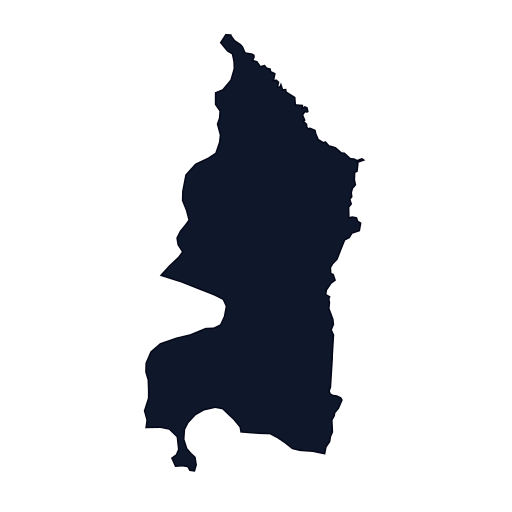 the district of Cabo Rojo, Puerto Rico, rotated 4°
{"feature_id": "32010507B73379646065034", "entity_name": "Cabo Rojo", "entity_type": "district", "adm_level": 2, "iso_a3": "PRI", "parent_name": "Puerto Rico", "parent_adm1": "", "projection": "albers", "projection_center": [-67.16, 18.05], "detail": "fine", "context": "isolated", "style": "filled", "palette": "ink", "viewbox_px": 512, "rotation_deg": 4, "n_neighbors": 0, "source": "geoboundaries", "source_scale": "gbopen_adm2", "svg_char_len": 3331}
<svg xmlns="http://www.w3.org/2000/svg" viewBox="0 0 512 512"><g transform="rotate(4 256 256)"><path d="M215.5,37.3L214.6,37.3L210.5,37.3L205.9,45.6L212.2,52.3L213.4,53.5L218.4,56.0L219.5,59.8L220.5,63.5L221.3,70.6L218.8,82.2L217.4,84.2L211.3,92.6L205.8,95.3L204.3,96.0L205.0,106.3L205.1,107.6L209.5,113.1L210.1,113.8L210.1,118.4L210.1,120.9L208.4,127.2L208.7,127.9L212.2,138.0L212.1,138.3L211.8,145.0L210.9,148.5L209.1,155.3L208.8,156.3L201.8,161.7L197.4,164.2L190.4,168.1L189.4,168.7L189.3,168.8L180.5,180.0L178.6,195.7L178.5,196.6L178.9,205.8L182.8,213.7L183.4,214.9L186.8,224.9L186.6,225.1L186.3,225.6L183.9,229.5L178.9,236.6L176.0,243.6L177.1,248.3L177.6,250.3L179.6,252.9L182.6,257.0L178.9,262.8L170.5,271.9L162.6,281.9L163.2,282.1L166.0,282.7L174.9,284.9L177.8,285.6L183.4,286.9L188.6,288.6L196.8,291.2L201.7,292.8L204.3,293.6L212.4,296.1L215.5,297.1L217.6,297.8L219.8,298.7L224.0,300.5L226.3,301.5L227.1,302.8L230.0,308.2L228.8,318.6L225.5,327.3L224.5,327.8L219.7,330.6L218.9,331.0L217.2,331.2L210.9,331.9L199.0,337.8L195.9,339.4L194.8,339.7L184.5,342.9L182.6,343.5L166.8,350.2L163.5,353.5L158.0,358.9L153.9,370.6L154.2,377.9L154.3,379.3L154.4,379.7L157.2,387.2L157.5,390.2L158.2,396.7L158.4,399.3L158.8,405.4L158.7,405.7L155.8,417.6L155.6,418.1L158.8,427.2L158.4,433.7L158.3,434.8L159.7,434.6L172.6,433.5L179.7,434.4L181.7,434.7L190.1,441.8L191.5,449.5L192.4,454.3L190.5,459.9L187.9,462.1L186.2,463.5L190.4,471.3L193.9,470.8L197.6,470.4L197.8,470.4L202.6,470.8L205.0,474.4L209.6,474.7L210.9,468.4L210.8,468.2L209.2,461.1L206.0,458.5L205.3,458.0L200.3,453.0L197.7,446.4L196.7,443.9L196.7,433.9L197.0,433.3L199.6,427.1L200.3,426.2L206.4,418.6L214.6,413.1L225.9,409.7L233.4,410.6L238.8,415.1L241.1,417.0L245.0,420.1L252.1,427.6L253.1,431.4L253.3,432.5L262.9,432.6L266.7,432.6L272.1,432.6L272.3,432.6L282.5,432.2L288.0,434.7L290.0,435.5L297.9,440.1L305.8,445.5L313.3,446.8L326.2,446.8L337.9,448.4L338.3,448.4L338.4,447.2L339.1,441.6L342.4,436.0L342.8,431.1L344.5,426.3L343.1,414.2L345.2,409.9L345.4,406.8L348.8,402.2L351.8,393.7L350.4,391.6L346.3,390.0L342.1,389.7L339.6,388.4L338.3,385.5L339.4,381.9L339.2,353.1L339.0,349.9L338.8,329.4L336.1,324.5L338.0,318.8L337.1,313.8L332.3,303.3L332.5,297.2L331.6,294.0L332.3,291.6L328.2,289.6L328.6,285.0L332.7,277.9L336.6,274.6L334.3,269.1L331.8,268.3L331.0,262.4L332.9,258.5L337.1,253.4L339.9,244.3L343.3,233.8L347.7,231.1L350.1,226.5L357.3,223.5L358.1,216.1L358.0,215.8L355.0,214.3L353.5,210.9L349.2,210.4L346.0,211.5L345.0,200.8L347.4,197.4L345.5,192.8L347.4,190.3L346.6,186.0L347.5,181.7L350.2,178.1L348.8,173.1L348.6,165.6L350.9,164.4L351.2,156.8L350.4,155.6L356.8,152.8L354.9,151.6L350.2,153.8L347.0,152.4L343.3,152.4L336.9,147.3L334.0,147.3L327.7,142.5L322.7,141.3L321.6,141.6L317.3,137.4L315.4,138.3L309.9,135.5L307.0,129.8L306.1,126.6L300.9,124.8L299.4,125.6L297.7,124.0L297.2,121.0L293.8,118.4L295.1,117.1L292.6,112.1L294.6,108.6L296.8,108.8L297.6,108.3L296.6,104.7L294.4,103.8L291.7,105.4L291.8,102.6L284.7,102.5L283.6,95.2L274.6,90.4L274.0,87.9L270.9,88.4L268.9,83.4L268.2,85.7L265.6,86.1L266.4,81.1L263.9,79.2L261.2,80.0L262.1,72.8L257.7,71.1L257.0,68.5L253.5,67.9L251.2,65.4L247.1,66.9L243.3,62.1L238.9,61.2L240.2,57.8L239.9,55.9L237.9,54.9L230.9,54.2L227.9,48.4L225.8,46.3L219.4,42.6L215.6,38.0L215.5,37.3Z" fill="#0f172a" stroke="#020617" stroke-width="1.5"/></g></svg>